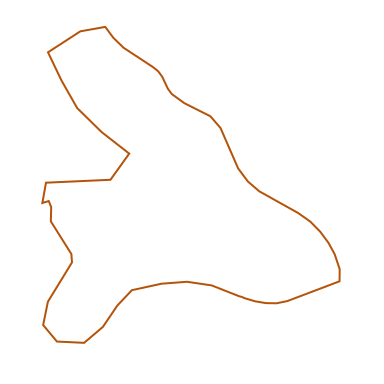 outline of Zəngilan, rotated 274°
{"feature_id": "AZE-1740", "entity_name": "Zəngilan", "entity_type": "District", "adm_level": 1, "iso_a3": "AZE", "parent_name": "Azerbaijan", "parent_adm1": "", "projection": "equal_earth", "projection_center": [46.619, 39.055], "detail": "fine", "context": "isolated", "style": "outline", "palette": "amber", "viewbox_px": 384, "rotation_deg": 274, "n_neighbors": 0, "source": "natural_earth", "source_scale": "10m", "svg_char_len": 780}
<svg xmlns="http://www.w3.org/2000/svg" viewBox="0 0 384 384"><g transform="rotate(274 192 192)"><path d="M113.4,77.2L121.7,76.0L152.9,53.2L167.1,52.6L173.0,49.7L170.6,43.5L191.1,45.7L198.5,109.8L225.9,126.7L245.3,97.9L267.7,71.6L294.0,54.1L321.3,38.6L344.5,69.4L350.6,93.7L350.6,94.0L340.3,102.8L331.1,113.7L313.8,144.5L310.0,149.9L304.7,154.4L293.5,160.6L288.3,165.0L280.1,178.1L268.8,205.1L257.8,216.0L218.7,236.4L206.4,247.0L197.4,259.0L178.4,299.4L170.7,312.1L161.3,322.7L150.9,331.6L140.0,338.6L125.4,344.7L113.2,345.4L89.8,294.6L86.9,284.2L86.3,273.4L87.4,262.4L89.8,251.7L90.8,249.1L91.3,246.3L100.2,218.1L102.1,193.3L98.4,168.1L89.9,138.9L73.6,125.5L51.2,112.5L34.0,94.9L33.4,67.7L48.9,52.8L72.5,55.9L113.4,77.2Z" fill="none" stroke="#b45309" stroke-width="2"/></g></svg>